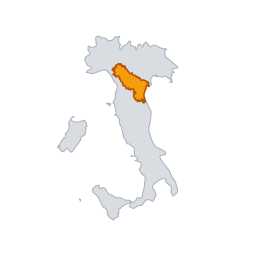 Emilia-Romagna, Bologna, Italy (highlighted), rotated 29°
{"feature_id": "23120603B93883326437068", "entity_name": "Emilia-Romagna", "entity_type": "district", "adm_level": 2, "iso_a3": "ITA", "parent_name": "Italy", "parent_adm1": "Bologna", "projection": "mercator", "projection_center": [11.577, 44.436], "detail": "fine", "context": "in_parent", "style": "filled", "palette": "amber", "viewbox_px": 256, "rotation_deg": 29, "n_neighbors": 0, "source": "geoboundaries", "source_scale": "gbopen_adm2", "svg_char_len": 8302}
<svg xmlns="http://www.w3.org/2000/svg" viewBox="0 0 256 256"><g transform="rotate(29 128 128)"><path d="M58.7,61.4L60.1,62.2L65.2,60.4L68.3,61.4L70.9,59.7L72.5,57.1L72.2,55.1L76.3,52.0L76.7,55.6L79.0,58.0L81.2,58.6L80.7,60.1L82.9,63.1L83.8,62.8L84.1,62.3L83.5,59.8L86.6,54.8L86.8,51.4L87.3,51.1L88.8,51.3L90.1,54.5L95.2,53.5L97.0,55.9L97.8,55.4L96.5,51.3L97.1,49.2L98.5,48.8L99.4,49.8L101.4,50.1L101.5,48.8L101.0,48.0L101.7,44.3L104.6,44.7L106.4,46.0L108.4,45.9L110.2,43.0L111.6,42.3L118.2,42.1L123.2,40.3L123.6,40.7L122.7,42.1L123.0,43.0L125.9,47.3L142.3,50.6L142.1,51.6L138.5,54.3L138.3,55.3L138.8,56.2L141.5,56.8L139.6,59.3L139.6,60.3L141.1,60.4L140.8,63.4L142.6,64.3L144.5,66.9L142.6,67.4L143.3,66.7L141.4,64.1L139.4,65.2L136.1,64.1L133.9,66.5L126.4,69.6L127.7,68.2L127.2,68.2L124.5,70.0L123.9,73.6L125.9,77.2L127.6,78.4L126.8,80.6L125.8,81.4L124.5,80.8L124.1,82.8L124.8,87.9L126.0,91.5L129.7,95.5L132.4,96.8L140.6,102.8L143.6,109.6L146.2,118.0L148.3,121.1L152.8,125.5L156.9,128.8L160.7,130.8L170.6,130.7L173.1,131.4L173.5,132.8L173.0,133.7L170.0,136.0L169.8,137.8L171.2,139.1L178.0,142.5L184.9,145.3L189.5,149.0L195.5,152.1L200.2,156.7L201.9,159.2L202.2,161.1L201.0,164.4L200.4,165.7L197.1,163.8L194.4,158.2L188.5,157.2L186.8,156.3L185.8,154.6L184.0,154.4L182.7,155.3L179.5,160.6L177.7,165.1L177.6,166.9L178.6,168.7L181.4,169.7L185.0,172.9L185.1,176.8L185.8,179.1L184.8,180.3L183.0,180.0L180.5,180.8L178.8,182.2L178.1,183.6L177.9,188.5L174.6,191.0L171.8,195.9L167.6,196.0L166.7,194.5L166.6,192.2L167.3,190.8L168.9,190.2L169.9,187.3L169.6,185.2L170.2,184.3L173.5,182.9L173.7,180.0L172.4,178.6L171.4,173.3L167.2,163.0L165.9,161.9L162.3,161.7L158.0,158.9L157.7,157.7L158.4,156.6L157.9,155.1L156.6,152.5L155.6,151.8L150.3,153.0L151.8,150.8L149.9,149.5L146.6,149.5L146.7,148.5L144.3,144.2L142.7,142.4L136.6,141.5L134.7,142.3L131.7,139.6L128.9,138.5L122.0,130.6L118.6,128.3L116.5,124.8L112.2,122.5L110.3,123.1L109.8,122.6L110.8,121.9L110.6,120.6L107.7,117.1L106.1,116.0L104.9,113.8L102.4,113.2L102.5,109.2L101.6,106.3L100.0,103.9L99.1,98.0L98.4,96.3L96.6,95.1L92.6,93.7L87.1,89.9L80.6,88.0L77.9,89.4L71.0,97.6L64.6,99.5L64.5,97.8L66.9,94.0L66.4,92.5L62.5,93.0L57.2,89.6L56.5,86.5L58.0,83.6L58.9,82.9L58.4,80.9L55.2,79.3L53.9,76.7L53.8,75.8L54.6,75.3L56.5,75.5L59.4,73.6L60.3,71.1L55.9,64.7L56.0,63.4L58.7,61.4ZM127.1,97.1L127.3,95.6L126.0,96.6L126.4,97.3L127.1,97.1ZM166.5,190.8L161.5,198.4L159.8,203.6L160.0,205.5L161.5,206.9L160.7,207.5L162.3,209.9L162.3,210.6L160.0,213.3L160.0,215.7L155.8,215.3L152.3,213.9L150.7,211.2L149.3,210.1L147.8,209.2L144.9,209.2L143.6,208.7L135.7,203.2L132.6,201.8L129.0,201.4L127.6,200.2L126.5,197.9L127.9,194.2L130.2,192.1L132.3,194.5L134.2,193.7L134.3,192.9L135.5,192.0L137.2,192.0L143.4,195.3L146.7,194.4L149.7,194.7L152.4,194.3L155.9,192.4L160.1,192.6L164.8,190.4L166.5,190.8ZM91.4,148.3L93.6,154.6L91.5,158.4L92.3,162.5L90.5,176.3L89.6,176.8L84.2,175.2L83.8,178.3L83.1,179.6L82.0,180.4L79.1,180.2L76.2,175.7L76.0,171.2L76.6,169.9L76.6,167.3L77.7,167.2L77.8,165.4L77.2,164.5L76.1,164.2L76.1,162.2L76.9,160.7L76.9,158.0L75.4,154.6L73.4,152.1L73.8,147.8L75.5,148.9L78.1,148.8L81.3,147.2L86.4,142.1L87.0,143.0L89.2,143.9L91.2,146.1L90.4,147.5L91.4,148.3ZM101.0,115.1L101.4,116.1L101.3,117.6L100.2,116.7L97.6,117.1L97.4,116.3L100.5,115.7L101.0,115.1ZM77.0,177.9L76.3,179.5L75.5,177.4L75.6,177.2L77.0,177.9ZM75.3,144.7L74.1,146.4L73.6,146.4L75.0,144.3L75.3,144.7ZM121.7,214.6L120.3,214.2L120.2,213.5L121.3,213.6L121.7,214.6ZM145.6,150.7L144.4,151.2L144.4,150.3L145.6,150.7Z" fill="#d9dde1" stroke="#a8b0b8" stroke-width="1"/><path d="M86.0,84.7L86.6,84.6L86.6,84.9L86.9,85.0L87.1,85.0L87.1,84.8L87.3,84.8L87.4,85.0L87.8,85.3L88.0,85.2L88.3,85.3L88.4,85.1L88.5,85.1L88.6,84.9L88.8,85.1L88.8,85.4L89.0,85.5L89.1,85.4L89.2,85.6L89.4,85.5L89.6,85.7L89.6,85.9L89.8,86.2L89.7,86.7L89.7,87.0L89.4,87.0L89.3,87.4L89.2,87.7L89.0,87.9L89.0,88.1L89.4,88.0L89.5,88.3L89.7,88.0L90.4,87.9L90.5,87.7L90.7,87.8L90.8,88.0L91.0,87.8L91.5,88.2L91.9,89.0L92.0,89.1L92.5,88.7L92.8,88.8L92.8,88.6L93.0,88.6L92.9,88.5L93.0,88.3L93.7,87.5L93.8,87.3L94.8,87.2L95.6,87.3L95.7,87.6L96.0,87.6L96.1,87.8L95.9,88.4L96.1,88.6L96.7,88.9L97.2,89.4L97.8,89.2L98.4,89.9L98.5,90.0L98.8,90.2L99.2,90.7L99.7,90.4L99.9,90.5L100.3,90.7L100.7,90.7L101.4,91.5L101.8,91.4L102.1,91.5L102.1,91.9L102.5,92.2L102.6,92.4L102.5,92.5L103.2,93.1L103.4,93.4L103.8,93.3L103.8,93.0L104.1,92.6L104.4,92.8L104.7,92.7L105.4,92.7L105.7,93.1L106.0,93.2L106.1,93.4L106.6,93.5L107.0,93.7L107.2,93.8L107.3,94.0L107.3,94.3L108.0,93.9L108.2,93.3L108.6,93.0L108.6,93.3L108.5,93.5L108.8,93.7L109.1,93.8L109.6,93.9L110.1,93.5L110.5,93.5L111.1,93.7L111.6,93.7L111.8,93.6L111.8,93.4L111.3,93.2L111.0,92.9L111.5,92.7L112.0,92.7L112.3,92.5L112.2,92.4L112.6,92.3L112.7,91.9L112.8,91.8L113.3,91.9L113.5,91.6L113.8,91.2L114.2,91.6L114.1,91.9L114.3,92.1L114.6,92.2L114.6,92.3L114.8,92.6L115.3,92.8L115.4,92.5L115.6,92.5L116.2,92.7L116.2,92.9L116.1,93.0L115.9,93.3L115.8,93.5L116.2,93.3L116.5,93.5L117.0,93.4L117.3,93.3L117.8,93.2L117.9,93.3L117.7,93.9L117.2,94.5L117.2,94.8L117.1,95.1L116.7,95.1L116.8,95.3L116.6,95.3L116.6,95.6L116.7,95.8L117.2,96.2L117.1,96.5L117.5,96.8L117.4,97.5L117.7,97.8L118.4,98.1L118.8,98.6L119.1,98.8L119.4,98.6L119.6,98.7L119.9,98.7L120.0,99.0L120.4,99.1L120.4,99.3L120.9,99.6L121.1,99.5L121.6,99.7L121.9,99.9L122.4,99.7L122.8,99.7L123.1,99.5L123.2,99.8L123.5,100.1L123.7,99.6L123.9,99.6L124.1,99.7L124.6,99.5L124.7,99.1L125.0,98.8L125.4,98.9L125.6,98.7L125.9,98.6L126.0,98.4L125.9,98.1L126.0,97.6L126.6,97.7L126.8,97.3L126.6,97.1L126.3,97.2L126.1,97.1L126.1,96.8L126.2,96.6L126.1,96.4L126.1,96.2L126.5,96.2L127.4,95.6L127.5,95.7L127.4,95.9L127.5,96.4L127.2,96.8L127.1,97.4L127.3,97.6L127.5,97.5L127.8,97.8L128.1,97.7L128.4,97.4L128.4,97.8L128.6,97.8L128.6,98.1L128.8,98.1L128.7,98.3L128.8,98.5L129.3,98.4L129.5,98.5L129.6,98.4L129.5,98.2L130.1,97.8L130.2,97.7L130.2,97.2L130.1,96.7L130.5,96.1L130.4,95.9L130.0,95.9L129.6,95.6L128.8,94.8L128.3,94.0L128.1,94.1L127.6,93.7L126.4,92.3L126.1,91.8L126.0,91.7L125.6,90.9L125.1,89.3L125.0,88.4L124.7,87.3L124.6,86.9L125.0,86.8L124.7,86.9L124.6,86.7L125.0,86.7L124.6,86.7L124.6,85.0L124.4,84.4L124.5,84.4L124.2,83.9L124.0,83.1L124.1,82.1L124.6,81.1L124.4,81.3L124.5,81.1L124.3,81.2L124.6,80.7L125.0,80.7L125.7,81.5L125.9,81.6L125.7,81.7L125.1,81.5L125.4,81.6L125.0,81.5L125.7,81.7L126.0,81.5L125.5,81.1L125.3,80.5L124.7,80.3L124.6,80.1L124.6,79.5L124.7,79.2L124.5,78.9L124.3,79.0L124.2,78.9L124.2,79.0L123.8,79.2L123.4,79.2L123.2,78.9L123.0,79.1L122.8,79.2L122.6,79.1L122.5,78.6L122.3,78.5L122.3,78.4L122.1,78.5L122.0,78.3L121.8,78.4L121.6,78.3L120.6,78.1L120.1,78.3L118.6,78.3L118.3,78.5L117.9,78.6L117.8,78.8L117.8,79.0L117.7,79.2L116.9,79.4L116.2,79.9L115.9,79.8L115.8,79.4L115.2,79.0L113.9,79.1L113.9,78.7L113.5,78.8L113.5,78.7L113.2,78.6L113.0,78.8L112.6,78.5L112.1,78.6L111.9,79.0L111.6,78.7L111.5,78.8L111.0,79.0L110.5,78.9L110.4,79.1L110.0,78.7L109.4,78.5L109.3,78.8L108.5,78.7L108.1,79.0L107.9,79.1L107.8,79.3L107.5,79.2L107.1,79.4L106.8,79.2L106.6,79.2L106.1,79.0L106.0,78.9L105.3,78.8L105.4,78.5L105.3,78.2L105.1,78.0L104.9,78.1L104.9,78.4L104.7,78.5L104.7,78.3L104.6,78.1L104.3,78.5L103.9,79.2L103.1,79.5L102.5,79.4L101.5,78.9L101.1,78.2L100.9,78.2L100.5,78.5L99.9,78.1L99.8,77.9L99.4,77.9L99.2,77.6L98.6,77.3L98.4,77.4L98.0,77.1L97.3,77.5L97.2,77.5L97.0,77.0L96.6,77.1L96.6,76.8L96.3,76.5L96.4,76.2L95.8,75.5L95.6,75.5L95.2,76.0L94.9,76.0L95.1,75.6L94.9,75.4L94.5,75.6L94.5,75.9L94.8,76.2L94.7,76.4L94.5,76.6L94.3,76.2L94.0,76.2L93.9,76.4L93.9,76.8L93.7,76.9L93.7,76.5L93.2,76.3L93.0,75.9L92.8,75.9L92.9,76.3L92.9,76.5L92.4,76.8L91.9,76.5L91.4,76.4L91.5,75.8L91.4,75.5L91.2,75.5L91.2,75.9L90.8,76.1L90.6,76.0L90.5,75.6L90.3,75.5L90.2,75.7L90.4,76.2L90.2,76.5L89.7,76.0L89.0,76.2L88.9,76.4L88.6,76.4L88.7,76.6L88.2,77.0L88.1,77.5L88.1,77.8L87.8,77.9L87.7,78.3L87.7,78.5L87.5,78.9L87.3,79.0L87.1,79.0L87.2,79.3L87.0,79.7L87.2,79.8L87.1,80.0L87.5,80.0L87.8,80.2L87.9,80.7L88.0,81.0L87.9,81.2L87.5,81.4L87.5,81.7L87.1,82.0L87.7,82.6L87.4,83.1L87.6,83.3L87.3,83.4L87.2,83.5L86.8,83.4L86.7,83.5L86.7,83.2L86.4,82.9L86.4,83.1L86.5,83.4L86.0,83.4L86.1,83.9L86.0,84.0L86.0,84.7ZM123.2,98.7L123.8,98.8L123.9,98.7L124.1,99.1L123.7,99.2L123.5,99.4L123.4,99.3L123.2,99.0L123.2,98.7ZM87.2,83.1L87.3,83.1L87.2,83.1Z" fill="#f59e0b" stroke="#b45309" stroke-width="1.5"/></g></svg>